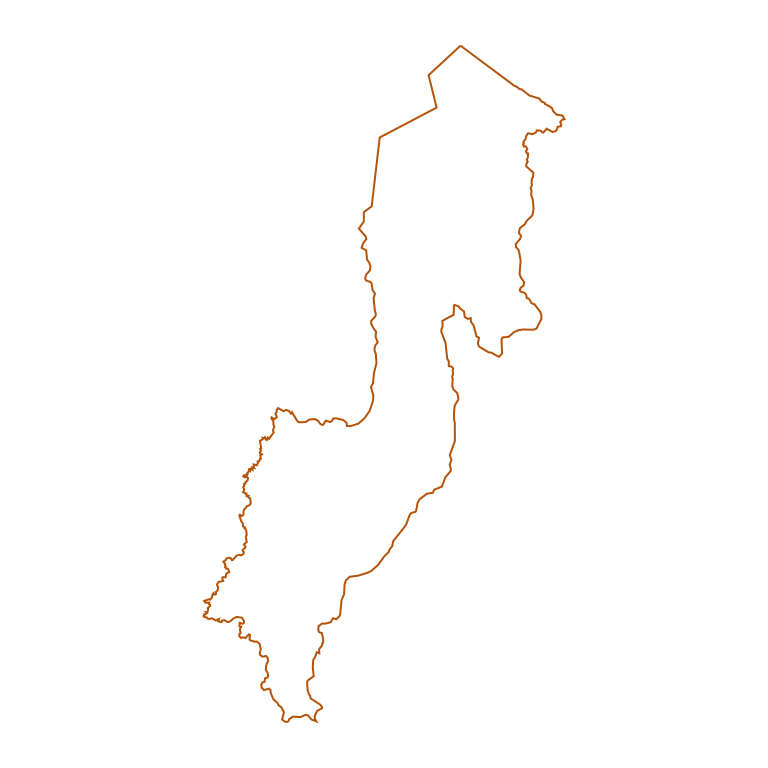 Balsas, Maranhão, Brazil
{"feature_id": "56859067B97951536873323", "entity_name": "Balsas", "entity_type": "district", "adm_level": 2, "iso_a3": "BRA", "parent_name": "Brazil", "parent_adm1": "Maranhão", "projection": "natural_earth1", "projection_center": [-46.459, -8.287], "detail": "fine", "context": "isolated", "style": "outline", "palette": "amber", "viewbox_px": 768, "rotation_deg": 0, "n_neighbors": 0, "source": "geoboundaries", "source_scale": "gbopen_adm2", "svg_char_len": 6118}
<svg xmlns="http://www.w3.org/2000/svg" viewBox="0 0 768 768"><path d="M260.4,455.3L260.8,458.7L259.9,458.8L259.2,461.2L257.6,461.5L257.9,463.3L256.7,465.4L253.7,464.5L254.0,466.0L253.3,466.7L254.0,467.8L253.0,467.5L252.7,469.5L251.7,467.9L250.3,470.7L249.8,468.9L249.1,469.1L248.6,471.5L246.9,473.7L247.6,474.2L247.1,475.0L246.5,475.7L244.2,475.1L243.3,476.3L245.0,477.3L246.4,476.7L248.0,478.0L247.7,480.1L245.6,482.2L245.2,483.8L244.3,483.7L244.1,486.3L243.2,487.3L244.3,489.9L243.1,492.2L245.3,493.1L245.7,493.9L246.5,493.7L246.6,496.1L248.6,495.8L248.3,497.1L250.2,498.6L250.7,503.2L249.5,505.2L247.0,506.2L243.7,510.2L243.4,514.5L242.7,515.4L241.7,516.0L239.9,514.7L239.3,515.5L241.2,521.1L242.8,523.4L243.0,526.5L244.9,527.4L244.6,528.5L245.5,529.0L246.3,531.2L246.7,535.1L245.8,536.5L246.7,542.0L243.9,544.4L245.5,546.5L244.9,548.1L242.7,549.6L242.7,550.8L243.9,552.2L243.4,553.9L241.0,555.5L239.5,554.9L236.7,555.5L232.7,560.0L231.8,560.1L230.5,558.0L228.8,557.7L226.3,558.6L225.7,560.1L223.4,561.6L225.2,564.2L224.8,565.3L225.7,566.4L225.1,567.3L226.0,568.5L227.9,568.6L229.3,572.0L226.4,573.6L225.6,577.3L222.6,577.2L222.2,578.4L223.1,581.0L218.6,581.9L217.2,584.0L217.0,585.2L218.2,587.4L217.7,590.3L216.0,591.8L215.9,594.2L214.8,594.7L213.7,594.3L213.5,593.2L212.6,594.2L211.9,597.7L210.0,599.7L208.9,599.2L204.1,601.0L205.4,602.7L209.3,602.6L209.1,604.2L210.2,604.9L210.2,605.8L207.7,608.1L208.2,609.0L207.4,612.3L205.8,612.1L206.6,613.3L205.1,614.6L204.1,614.4L203.5,616.0L203.9,616.8L206.9,617.5L207.5,618.5L209.2,619.0L211.9,618.3L215.9,620.5L218.9,619.0L218.3,621.3L220.8,622.1L221.5,622.1L221.9,620.6L224.4,620.2L227.8,622.2L230.3,621.3L233.4,618.5L236.7,616.9L241.9,617.7L244.0,621.2L244.0,622.7L242.5,623.8L239.7,622.7L239.5,626.3L241.2,626.7L239.9,629.1L240.6,633.2L239.5,633.7L239.2,636.1L241.0,638.0L243.0,637.3L245.5,638.1L248.8,634.4L250.0,635.0L249.5,639.5L250.2,640.3L254.7,641.7L256.7,641.5L259.7,644.0L260.8,649.1L259.7,653.5L260.0,654.9L262.8,656.7L266.0,656.0L267.4,657.4L268.2,660.8L266.4,664.3L265.8,669.7L267.5,672.6L268.3,676.0L267.4,677.6L265.0,678.3L264.6,681.7L262.0,682.7L261.2,685.0L261.6,687.6L264.1,690.1L268.6,688.7L270.5,689.9L270.7,693.0L273.4,699.3L277.5,703.0L278.5,705.2L281.4,707.3L283.9,712.2L282.1,719.6L285.4,721.9L287.5,721.8L288.4,721.3L289.2,719.1L293.0,716.6L300.3,717.1L305.5,714.9L307.8,715.2L311.5,719.5L316.3,721.4L314.9,718.9L314.6,716.2L317.1,710.9L322.0,708.2L322.2,707.2L320.4,704.8L310.5,698.3L310.1,695.7L308.9,694.3L307.6,689.9L307.1,682.2L307.7,680.5L313.7,676.2L312.8,667.7L313.2,660.0L315.1,657.0L316.8,652.2L319.3,653.2L319.1,649.3L322.3,645.0L322.2,643.2L323.1,642.4L323.2,639.6L321.9,633.1L319.2,632.2L318.2,629.6L318.6,626.1L322.1,623.5L325.0,623.7L330.7,622.2L333.0,618.2L336.3,619.3L339.3,616.4L340.1,614.9L341.6,599.9L344.1,594.1L344.6,584.2L345.9,580.5L349.6,576.8L358.5,575.6L368.7,572.3L371.6,570.7L378.1,564.9L384.7,555.8L388.5,552.3L389.6,549.4L392.3,546.1L393.1,541.3L404.7,526.7L406.3,524.1L409.9,514.4L411.6,512.8L415.4,511.9L416.1,510.8L417.7,502.6L419.4,499.4L427.0,493.7L432.8,492.8L434.2,489.7L441.9,486.6L445.4,477.2L450.6,471.1L450.8,468.9L449.7,464.5L451.4,460.0L449.8,455.0L454.9,441.0L454.8,422.8L454.1,419.9L454.0,413.0L454.7,405.5L458.2,399.8L458.4,398.3L457.3,393.2L453.2,389.0L452.3,386.5L452.7,378.5L452.1,376.4L453.1,374.0L452.7,371.0L453.2,368.4L451.8,366.7L448.8,366.0L448.8,361.4L447.2,358.5L445.5,342.7L441.4,332.1L441.3,330.0L442.7,325.8L442.3,320.9L453.6,314.8L454.0,305.7L454.5,304.9L458.7,306.4L459.7,308.1L464.0,311.5L464.8,317.1L468.0,318.9L470.7,318.1L470.9,321.7L473.7,325.6L476.5,336.4L479.0,337.7L477.9,343.5L479.0,346.5L488.7,352.4L491.3,352.6L498.8,356.9L502.1,353.5L501.5,339.8L502.4,337.5L508.7,336.8L513.9,332.2L518.0,330.3L522.7,329.5L533.5,329.7L536.5,328.5L541.4,318.9L541.4,315.4L540.2,311.9L534.5,304.3L531.4,303.2L529.0,298.6L526.8,298.1L526.0,294.3L524.1,292.7L520.7,291.6L519.7,290.4L520.7,287.7L523.5,285.6L524.2,282.3L520.8,277.3L519.6,274.0L520.6,260.8L519.2,252.2L518.3,249.6L516.0,247.1L515.7,244.1L520.0,239.1L520.9,236.9L520.9,235.4L519.3,233.9L518.9,232.0L520.0,228.0L524.9,224.2L526.7,220.8L532.5,215.2L533.6,208.7L532.8,199.8L531.2,194.9L531.5,190.7L530.6,188.4L532.0,184.9L531.5,182.9L532.2,177.9L533.1,176.8L533.3,172.6L526.1,166.2L526.4,163.9L527.7,161.8L526.8,159.7L527.7,158.1L528.1,153.5L526.9,153.3L525.9,151.3L527.3,149.0L525.9,146.4L523.6,146.4L523.1,144.4L523.9,143.7L523.3,142.0L525.6,138.9L526.3,135.8L528.1,133.2L532.5,134.2L535.8,132.6L536.8,130.4L541.0,130.8L542.4,132.5L543.4,132.6L546.5,128.7L552.5,131.9L555.5,131.2L556.6,130.1L557.6,126.8L560.8,126.3L561.3,124.8L560.2,122.2L560.6,121.4L562.4,119.6L564.5,119.2L562.6,115.6L556.6,114.6L553.2,111.2L551.9,107.9L544.9,103.8L544.6,102.7L541.5,101.6L539.4,98.6L529.4,95.5L521.5,89.3L519.3,89.0L517.5,87.2L514.2,85.7L461.1,46.1L459.9,46.2L428.6,75.2L436.6,107.6L379.7,137.5L371.7,206.3L364.4,211.6L363.8,212.8L363.8,221.5L358.9,228.6L365.8,236.6L366.3,239.2L363.1,243.3L361.6,247.8L366.2,250.3L367.0,259.4L369.3,262.9L370.5,266.7L369.8,270.5L366.2,274.6L365.1,278.6L366.2,280.5L370.6,282.0L371.6,283.3L372.5,289.9L375.0,293.7L373.6,298.1L374.8,310.2L375.9,314.3L375.2,316.6L371.2,320.8L371.2,323.9L374.5,329.9L376.0,331.4L375.6,336.9L377.7,342.3L375.3,345.4L374.5,349.0L374.5,350.7L375.8,353.8L376.5,363.0L374.0,372.9L373.0,383.3L370.9,387.1L373.3,395.3L373.2,398.5L372.9,401.2L369.7,410.8L364.5,418.3L358.3,423.7L350.5,426.1L346.8,425.9L346.7,423.0L343.3,420.0L336.0,418.3L333.2,418.5L331.5,421.4L330.2,422.0L325.8,420.6L323.4,424.5L322.3,425.0L320.4,424.0L317.9,420.6L314.8,419.1L309.2,419.6L305.7,422.0L299.1,422.3L297.4,421.2L292.1,412.4L291.7,413.6L291.0,413.7L289.0,411.0L286.1,409.9L283.4,411.2L278.1,408.1L276.6,410.0L276.7,412.0L275.4,413.7L276.8,416.6L276.5,417.4L274.5,419.1L271.6,417.4L271.4,418.4L273.5,421.5L273.3,424.2L274.3,426.7L272.9,430.6L273.7,432.4L269.0,438.8L267.7,437.5L266.9,440.0L265.9,439.6L264.9,437.3L264.3,438.2L262.5,437.8L262.7,439.4L259.9,440.8L261.2,448.2L260.1,448.8L261.0,450.9L259.9,452.3L260.2,453.5L261.9,454.4L260.4,455.3Z" fill="none" stroke="#b45309" stroke-width="2"/></svg>